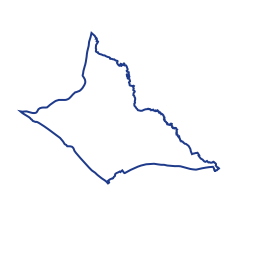 Na Tan, Ubon Ratchathani, Thailand (orthographic projection), rotated 215°
{"feature_id": "78962969B76550243021032", "entity_name": "Na Tan", "entity_type": "district", "adm_level": 2, "iso_a3": "THA", "parent_name": "Thailand", "parent_adm1": "Ubon Ratchathani", "projection": "orthographic", "projection_center": [105.251, 15.929], "detail": "fine", "context": "isolated", "style": "outline", "palette": "blue", "viewbox_px": 256, "rotation_deg": 215, "n_neighbors": 0, "source": "geoboundaries", "source_scale": "gbopen_adm2", "svg_char_len": 5724}
<svg xmlns="http://www.w3.org/2000/svg" viewBox="0 0 256 256"><g transform="rotate(215 128 128)"><path d="M122.4,155.4L122.7,155.2L123.0,154.5L123.9,153.8L124.4,153.3L125.3,152.1L126.3,150.3L127.4,149.4L130.1,148.3L131.3,148.8L132.4,148.9L133.3,149.4L135.1,149.8L135.6,150.0L136.6,151.3L136.8,151.6L136.7,152.7L137.6,153.5L138.1,154.5L138.5,155.5L139.3,156.6L140.7,157.3L141.5,158.0L142.5,158.0L143.4,159.7L143.3,161.6L143.6,161.9L144.1,162.1L145.2,162.0L145.5,162.1L146.0,163.7L146.8,164.0L147.1,164.4L147.2,165.8L147.7,165.8L148.6,164.8L149.8,164.4L150.5,164.0L150.9,164.0L151.3,164.1L152.2,165.2L153.3,165.8L153.4,166.5L153.1,167.3L153.4,167.7L154.9,168.9L155.5,168.8L156.3,168.5L156.7,168.5L156.9,168.7L157.0,169.0L157.0,169.3L156.2,170.2L156.2,170.6L156.4,171.0L156.7,171.1L157.0,171.0L157.7,170.1L158.3,169.7L158.6,169.9L158.8,170.3L159.6,170.9L159.7,171.2L159.6,171.4L159.3,171.5L158.1,171.5L157.8,171.7L157.7,172.1L158.5,172.4L158.8,173.4L159.4,174.1L160.7,173.7L161.3,173.7L161.6,173.9L161.9,174.2L161.7,174.9L161.7,175.4L162.0,175.9L162.3,176.2L163.6,177.0L164.4,177.7L165.7,178.1L166.2,177.8L166.6,177.3L167.1,177.2L167.5,177.5L167.8,178.5L168.0,178.6L168.3,178.6L168.5,178.4L168.5,178.1L168.2,177.2L168.2,176.9L168.8,176.2L169.1,175.0L169.5,174.9L169.8,175.3L169.9,175.7L169.7,176.3L169.8,176.5L170.5,176.5L170.8,176.4L170.7,174.4L170.7,174.1L170.9,174.0L172.8,174.3L174.3,175.0L174.5,175.2L174.5,176.0L174.9,176.8L175.1,176.9L176.9,176.2L178.7,176.3L179.5,175.7L181.0,175.3L182.2,174.5L182.5,174.5L182.9,175.1L183.7,175.2L185.6,174.5L187.5,174.1L188.7,174.1L190.1,173.3L192.0,173.0L192.9,172.6L193.9,172.3L195.5,172.2L196.0,172.7L196.2,172.8L197.1,172.2L197.7,172.2L198.3,172.4L198.5,172.7L199.1,174.0L199.4,174.4L199.9,174.6L200.4,175.3L201.7,177.6L201.8,178.1L201.9,180.9L202.1,181.6L202.4,181.6L203.2,181.1L203.5,181.1L203.6,181.9L204.0,182.3L204.7,183.2L204.9,183.3L205.5,182.8L205.7,183.5L205.9,183.7L207.0,183.8L208.0,184.4L212.4,184.9L210.8,181.0L209.3,176.3L207.3,172.7L205.3,167.5L204.0,164.8L202.8,162.7L200.5,158.0L199.3,155.2L199.1,154.4L197.2,149.1L195.9,146.6L195.5,145.4L195.2,144.9L194.9,144.7L193.1,144.0L191.1,143.0L189.8,141.8L188.9,140.4L188.4,138.2L188.3,136.4L188.2,135.0L188.3,133.7L188.6,131.9L189.0,130.6L191.1,127.5L191.7,127.0L192.4,123.8L192.8,120.4L193.2,118.4L193.4,117.9L193.9,116.9L194.8,115.7L195.6,114.9L200.7,111.4L202.7,108.8L203.4,107.2L205.1,102.5L206.1,98.5L207.2,97.5L209.0,96.3L210.3,95.2L211.5,93.7L212.1,92.1L212.1,91.5L211.9,89.6L211.9,88.4L212.3,87.5L213.3,86.5L214.9,85.5L216.7,84.8L219.9,83.7L220.8,83.3L224.0,80.7L225.7,79.9L223.9,79.7L221.6,79.7L215.5,80.1L213.9,80.0L212.4,79.6L211.6,79.7L210.1,79.2L207.7,79.8L207.1,80.0L206.4,80.6L205.7,80.8L204.4,81.0L202.7,81.1L197.7,81.3L192.5,81.3L177.9,80.9L173.4,79.7L170.7,78.5L170.2,78.5L168.8,78.7L167.3,78.2L164.9,79.8L164.0,80.2L163.1,80.5L162.7,80.5L161.0,80.1L158.8,78.6L156.5,77.8L149.9,76.1L137.1,73.2L133.3,72.5L129.3,72.5L127.4,72.2L126.0,72.0L120.6,71.7L116.7,71.8L115.2,71.7L112.6,71.1L112.3,71.8L112.2,72.5L112.7,72.8L113.2,73.3L114.0,73.5L113.5,75.2L112.1,77.6L111.8,77.6L111.4,78.3L111.5,78.9L111.5,80.2L111.2,80.8L111.2,81.2L111.5,81.9L112.0,82.7L112.0,83.0L111.9,83.6L111.4,84.8L110.6,86.0L109.8,87.6L108.9,87.6L108.7,89.0L108.4,90.0L105.7,89.1L105.1,89.0L104.8,89.2L101.8,95.2L97.8,101.9L95.8,104.7L92.3,108.7L86.2,113.6L82.0,115.7L79.9,116.8L77.2,118.6L74.3,119.8L67.6,123.7L64.5,125.9L63.1,126.7L53.7,130.1L51.4,131.2L48.7,132.7L47.9,133.4L44.2,137.5L41.5,140.2L39.5,142.1L36.2,144.9L35.6,144.8L34.2,144.0L33.3,143.1L32.9,143.1L32.2,142.6L31.9,142.8L32.0,143.1L31.8,143.4L31.8,143.7L31.4,143.9L31.0,144.3L30.9,144.8L31.0,145.3L30.9,145.6L30.6,145.9L30.5,146.7L30.3,147.0L31.0,147.3L32.8,147.1L34.6,147.6L34.8,148.3L35.3,149.0L36.4,149.3L36.8,149.2L38.0,149.4L38.2,149.1L38.8,149.2L39.3,147.9L40.2,147.1L41.1,146.7L41.5,146.8L42.4,145.9L44.4,146.3L44.8,145.3L45.3,144.6L46.6,144.4L48.8,144.9L50.9,144.7L52.5,145.2L53.3,145.4L54.3,145.8L54.0,146.5L56.8,147.6L57.1,147.5L57.4,146.9L58.3,146.2L59.0,145.3L59.7,144.6L60.6,143.3L63.1,144.9L64.9,146.6L67.6,147.9L68.2,148.1L70.6,148.2L71.5,148.2L72.5,147.7L73.9,147.8L74.3,148.0L74.7,147.9L75.5,148.2L76.3,147.8L76.6,147.9L76.8,147.6L77.2,147.8L77.7,147.7L78.0,148.1L78.7,148.3L79.5,149.1L80.2,149.4L80.6,149.8L80.6,149.6L80.7,149.4L81.0,149.5L80.9,149.8L81.5,150.2L81.9,149.8L82.1,149.8L82.3,150.0L82.7,150.1L82.8,150.3L83.3,150.5L83.5,150.9L84.0,151.1L84.5,150.5L85.0,150.9L85.1,151.1L85.3,151.3L85.4,151.7L85.7,152.0L85.5,152.3L85.5,152.6L86.1,153.2L86.4,153.3L86.5,153.7L86.8,153.8L86.9,154.1L87.3,154.5L87.2,154.7L87.5,154.7L87.7,155.1L88.6,155.5L89.6,155.1L89.9,154.8L90.0,154.5L89.8,154.3L89.9,154.1L90.7,154.2L91.1,153.8L91.4,154.1L91.7,154.2L92.0,153.9L92.4,154.0L92.8,154.8L93.6,154.9L93.7,155.3L94.2,155.8L94.5,156.5L95.2,156.3L95.5,156.0L95.5,155.6L95.4,155.5L95.2,155.5L95.1,155.2L95.2,154.9L95.7,154.4L96.2,154.6L96.5,154.3L96.8,153.9L97.3,153.9L97.6,153.7L97.7,153.9L98.3,153.7L98.4,153.8L98.3,154.3L98.8,154.6L99.1,154.3L99.4,154.5L100.0,154.5L100.5,154.9L101.8,154.8L102.0,155.1L102.3,155.3L103.0,155.3L103.5,155.7L103.2,156.3L103.9,156.7L104.2,157.6L104.6,157.6L104.9,157.6L105.4,158.1L106.0,158.4L106.3,158.7L107.0,158.8L107.6,159.0L107.9,158.9L108.4,159.0L108.6,158.9L108.8,158.4L109.9,159.0L110.4,159.2L111.0,159.2L111.3,158.8L111.3,158.4L111.9,158.6L112.6,159.2L113.1,159.0L113.4,159.2L113.9,159.1L114.1,159.3L114.4,158.9L114.4,158.2L114.8,157.9L115.3,158.0L115.3,157.6L115.4,157.4L116.1,157.4L116.5,157.2L117.1,157.2L117.8,157.5L117.9,157.4L117.9,156.9L118.4,156.9L119.0,156.4L119.3,155.8L119.8,156.0L120.5,155.8L121.0,156.1L121.3,155.9L121.7,155.4L121.9,155.3L122.4,155.4Z" fill="none" stroke="#1e3a8a" stroke-width="2"/></g></svg>